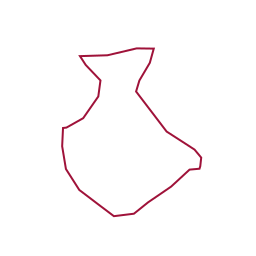 map outline of Poole (Albers equal-area conic projection), rotated 217°
{"feature_id": "GBR-2052", "entity_name": "Poole", "entity_type": "Unitary Authority", "adm_level": 1, "iso_a3": "GBR", "parent_name": "United Kingdom", "parent_adm1": "", "projection": "albers", "projection_center": [-1.96, 50.73], "detail": "fine", "context": "isolated", "style": "outline", "palette": "rose", "viewbox_px": 256, "rotation_deg": 217, "n_neighbors": 0, "source": "natural_earth", "source_scale": "10m", "svg_char_len": 483}
<svg xmlns="http://www.w3.org/2000/svg" viewBox="0 0 256 256"><g transform="rotate(217 128 128)"><path d="M209.6,156.5L188.2,173.7L169.0,196.8L155.2,206.9L149.8,193.2L147.5,172.8L143.5,162.0L95.0,148.4L61.9,150.8L51.7,148.4L47.3,141.0L46.4,138.5L53.8,131.8L58.3,107.1L67.2,80.8L71.7,63.1L86.2,49.1L102.9,49.1L129.6,49.2L152.9,57.9L169.6,73.8L179.9,88.9L177.4,91.3L169.7,108.9L170.7,135.3L178.6,149.4L199.7,152.9L209.6,156.5Z" fill="none" stroke="#9f1239" stroke-width="2"/></g></svg>